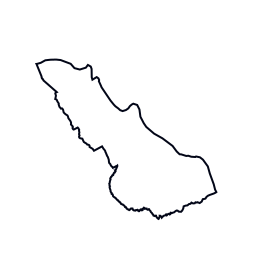 outline of Sene East, Brong Ahafo, Ghana, rotated 331°
{"feature_id": "2480657B21050367867823", "entity_name": "Sene East", "entity_type": "district", "adm_level": 2, "iso_a3": "GHA", "parent_name": "Ghana", "parent_adm1": "Brong Ahafo", "projection": "equal_earth", "projection_center": [-0.307, 7.665], "detail": "fine", "context": "isolated", "style": "outline", "palette": "ink", "viewbox_px": 256, "rotation_deg": 331, "n_neighbors": 0, "source": "geoboundaries", "source_scale": "gbopen_adm2", "svg_char_len": 5365}
<svg xmlns="http://www.w3.org/2000/svg" viewBox="0 0 256 256"><g transform="rotate(331 128 128)"><path d="M144.3,124.2L147.0,117.3L147.2,112.3L144.4,109.3L142.6,109.3L140.2,109.8L137.8,111.0L134.9,111.3L131.5,110.6L129.8,108.6L129.0,106.2L127.5,102.9L126.9,100.6L126.0,95.5L124.6,79.6L124.8,78.2L125.2,73.0L126.0,72.1L126.2,70.3L125.3,68.3L120.3,68.5L120.9,66.0L124.8,58.7L125.2,56.2L123.5,53.4L120.4,54.8L114.2,53.5L110.2,49.7L109.0,44.1L102.0,35.9L98.3,33.3L93.1,30.6L88.5,28.7L83.3,28.7L79.4,27.8L79.0,27.6L77.4,40.9L77.2,41.3L77.1,41.5L77.1,42.0L76.9,42.3L76.8,42.9L77.1,44.2L77.3,44.3L77.3,44.5L77.2,44.8L77.1,45.4L83.1,62.1L82.0,62.0L81.5,62.2L81.1,62.6L80.9,63.8L80.6,64.9L78.4,67.4L79.2,68.4L79.3,68.9L79.3,69.6L79.1,70.4L79.3,72.7L79.2,73.3L78.8,73.7L78.3,76.2L78.8,78.6L79.3,78.6L79.9,79.0L80.1,80.4L79.3,83.2L79.6,84.4L80.1,85.8L81.1,87.6L81.1,88.7L80.6,90.6L80.9,92.8L81.0,94.1L80.9,95.3L80.6,96.1L79.8,97.3L79.9,97.7L80.2,98.7L80.2,99.1L80.4,99.5L80.3,100.4L79.8,100.7L79.4,101.3L79.4,102.3L79.6,102.9L80.2,103.1L84.2,103.2L84.3,103.7L84.5,104.3L84.5,104.6L84.4,105.0L84.4,106.0L83.9,106.5L83.6,107.3L83.4,108.2L83.2,108.4L82.9,108.8L82.2,109.6L82.1,110.5L82.0,111.1L81.9,111.2L81.5,111.3L80.9,112.0L80.8,112.6L80.8,113.0L81.2,113.8L82.9,115.2L82.8,115.7L82.8,116.5L82.7,117.1L82.6,118.8L83.0,119.5L83.2,120.0L83.7,120.8L84.1,121.5L84.3,122.7L85.5,123.7L85.7,124.1L85.8,124.7L85.2,126.0L87.0,129.1L87.2,131.4L96.4,131.5L96.5,134.4L96.7,135.1L96.8,135.5L96.9,137.1L96.6,138.3L96.6,139.5L96.3,141.0L96.4,141.3L96.2,142.1L96.3,143.6L95.8,146.4L95.5,147.1L94.9,148.4L94.6,149.7L95.0,150.9L94.9,151.8L94.9,152.9L95.2,154.1L95.6,154.5L95.5,155.5L96.3,155.6L97.2,155.7L97.7,155.6L98.5,155.6L98.9,155.6L99.9,155.8L100.4,155.7L100.3,156.0L99.6,156.7L99.0,157.0L98.2,157.8L97.1,158.5L96.4,159.2L96.3,159.4L96.2,159.3L96.2,159.5L95.9,159.6L95.5,159.9L95.3,160.2L94.8,160.6L94.6,160.6L94.3,160.5L94.2,160.4L93.7,160.6L93.1,161.0L92.7,161.6L92.4,161.9L92.2,162.0L91.8,161.8L91.7,161.9L91.3,161.8L91.0,162.1L90.8,162.1L90.2,162.4L89.9,162.6L89.4,162.6L89.0,163.0L88.1,163.4L87.9,163.7L87.9,163.9L87.8,164.0L87.8,164.4L87.8,164.5L87.4,164.8L87.2,165.0L86.1,166.1L85.9,166.5L85.7,166.7L85.5,166.9L84.9,167.6L84.6,167.7L84.6,168.0L84.2,168.9L84.0,169.5L84.0,169.9L83.9,169.9L83.9,170.1L83.5,170.5L83.3,170.7L83.3,170.9L83.0,171.4L82.9,172.0L82.7,172.6L82.7,172.8L82.6,173.7L82.4,174.3L82.1,174.7L82.0,175.4L82.0,176.5L82.2,177.0L81.7,177.6L81.8,177.9L82.3,178.4L82.3,179.1L82.1,179.6L82.0,180.1L81.9,180.4L82.0,180.9L82.5,181.9L82.6,182.2L82.8,182.3L83.0,183.0L83.2,183.3L83.2,183.7L83.4,183.9L83.4,184.4L83.5,184.6L83.7,185.6L83.7,185.8L83.8,185.9L84.1,186.8L84.3,186.8L84.3,187.4L84.3,187.7L84.4,188.0L84.6,188.2L84.7,188.7L84.8,188.7L84.8,188.9L85.1,189.2L85.2,189.5L85.1,190.0L85.2,190.6L85.1,191.0L85.5,191.5L85.8,191.9L86.0,192.0L86.3,192.2L86.5,192.8L86.5,193.2L87.1,194.0L87.1,194.4L87.2,194.7L87.1,195.6L87.3,195.7L87.4,196.0L87.7,196.1L87.8,196.2L87.8,196.5L87.9,197.0L87.7,197.4L87.7,197.6L87.8,197.8L87.9,198.0L88.1,198.7L88.4,199.0L88.6,199.1L88.7,199.3L88.7,199.5L89.1,200.0L89.2,200.4L89.4,200.5L89.6,200.5L89.9,200.4L90.1,200.1L90.6,200.1L90.9,200.1L91.1,200.0L91.3,200.0L91.5,199.9L91.6,200.0L91.9,200.0L92.1,200.3L92.6,200.5L92.9,200.6L92.7,202.0L92.9,202.2L93.1,202.4L93.1,202.8L93.3,202.9L93.5,203.1L93.8,203.4L94.2,203.8L94.7,203.8L95.0,203.6L95.5,203.7L96.2,204.3L96.7,204.2L96.8,204.4L96.6,204.6L96.5,204.9L97.0,205.3L97.4,205.4L97.5,205.5L97.5,205.9L97.4,206.1L97.6,206.2L97.8,206.1L98.0,205.9L98.0,205.7L98.4,205.7L98.5,205.6L98.8,205.6L99.2,205.4L99.6,205.3L99.8,205.4L99.8,206.1L100.0,206.6L100.3,206.7L100.5,206.7L100.5,206.8L100.9,206.9L101.0,206.8L101.1,206.5L101.6,205.8L101.9,205.9L103.0,205.5L103.1,206.3L103.4,206.2L103.4,206.3L103.5,206.6L103.7,206.9L104.2,207.0L104.4,207.2L104.6,207.1L104.8,207.4L105.1,207.5L105.0,207.8L105.1,208.0L105.4,208.9L105.9,209.1L106.1,208.9L106.5,209.0L107.0,209.1L107.1,209.3L107.0,209.6L107.0,210.0L107.0,210.3L107.1,210.6L107.2,211.0L107.4,211.5L107.3,212.1L107.3,212.8L107.5,213.4L107.7,213.9L107.7,215.2L108.1,216.0L108.1,216.6L107.8,216.8L107.8,217.0L108.1,217.2L108.7,218.0L109.3,218.1L109.7,218.1L109.9,218.1L110.0,218.2L109.9,218.4L109.9,218.8L109.9,219.0L109.8,220.3L110.0,220.6L110.5,222.3L110.9,222.3L111.9,221.4L113.0,220.6L113.2,220.1L113.8,220.5L114.0,221.3L114.0,222.3L114.0,222.8L115.0,222.4L115.9,222.3L116.1,222.1L116.3,222.1L117.0,222.1L117.9,222.4L118.8,222.5L119.2,222.0L119.3,222.0L119.3,222.7L119.4,223.2L119.7,223.2L120.3,222.6L120.9,222.8L121.3,222.8L121.7,222.7L122.0,222.8L122.2,223.0L122.5,223.5L122.6,223.9L122.8,223.9L123.3,223.8L123.9,222.9L124.2,222.7L124.5,222.9L125.1,223.7L126.2,223.8L127.4,224.1L128.9,223.8L130.4,223.7L131.3,224.3L131.9,225.8L133.0,226.5L133.8,227.0L135.4,226.5L137.3,225.2L138.7,223.5L140.7,223.8L142.5,224.5L144.5,224.1L146.0,224.6L147.3,224.0L148.3,225.5L149.9,226.2L151.0,225.7L152.1,226.6L152.8,226.6L154.3,228.4L156.8,228.1L158.9,226.5L160.3,227.0L161.5,227.3L163.3,226.3L165.3,226.0L167.2,226.2L171.3,226.9L173.3,227.0L174.2,226.9L174.3,224.1L175.7,218.8L177.5,207.4L179.2,200.3L178.2,192.0L176.7,188.5L173.7,185.9L172.8,186.0L169.4,183.8L167.3,181.5L165.4,180.7L161.7,176.8L160.4,176.0L159.2,172.1L158.3,165.3L153.1,153.7L148.1,145.6L144.5,135.9L144.1,131.4L144.2,128.4L144.3,124.2Z" fill="none" stroke="#020617" stroke-width="2"/></g></svg>